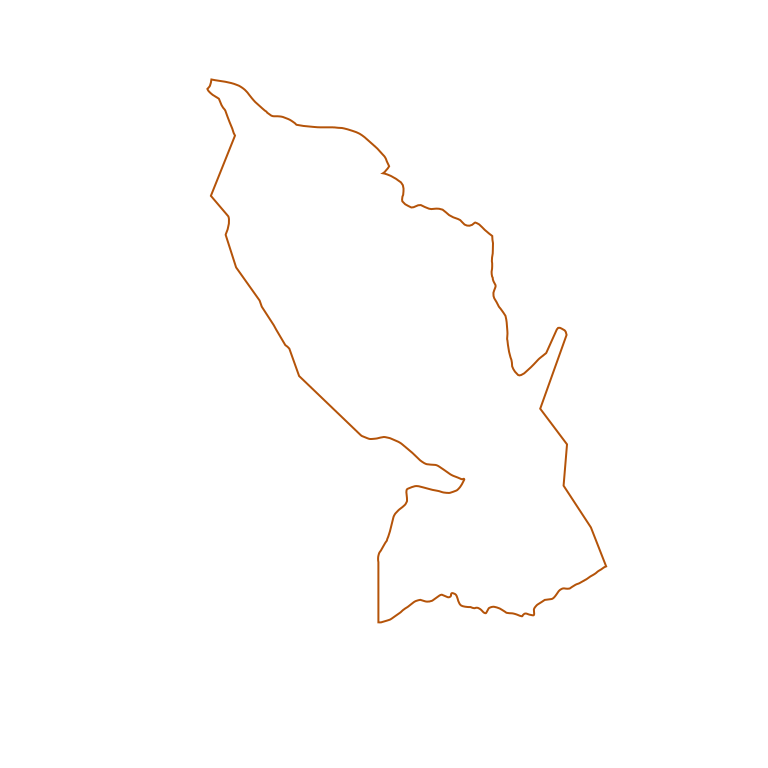 outline of Vado Ancho, El Paraíso, Honduras, rotated 112°
{"feature_id": "27666195B76595113857627", "entity_name": "Vado Ancho", "entity_type": "district", "adm_level": 2, "iso_a3": "HND", "parent_name": "Honduras", "parent_adm1": "El Paraíso", "projection": "natural_earth1", "projection_center": [-86.936, 13.636], "detail": "fine", "context": "isolated", "style": "outline", "palette": "amber", "viewbox_px": 768, "rotation_deg": 112, "n_neighbors": 0, "source": "geoboundaries", "source_scale": "gbopen_adm2", "svg_char_len": 6166}
<svg xmlns="http://www.w3.org/2000/svg" viewBox="0 0 768 768"><g transform="rotate(112 384 384)"><path d="M607.1,299.9L606.4,298.1L606.0,297.3L604.8,295.8L602.1,292.4L600.5,290.5L599.9,289.9L598.5,288.9L594.9,286.6L590.9,284.0L589.5,283.1L586.7,281.8L585.4,281.0L584.1,280.2L581.8,278.5L577.8,276.2L575.2,274.7L574.1,273.9L573.4,273.3L571.9,271.5L571.1,270.4L570.5,269.4L570.1,264.5L569.9,263.4L569.6,262.4L569.1,261.4L568.7,260.5L568.0,259.6L567.2,258.5L566.7,258.0L559.3,253.3L558.4,252.5L557.9,251.8L557.7,251.3L557.7,250.7L557.8,245.1L557.6,244.3L557.3,243.8L557.1,243.5L556.5,243.0L556.0,242.7L555.1,242.6L554.1,243.0L553.4,243.1L552.7,242.9L552.5,242.7L552.3,242.4L552.2,241.9L552.1,241.2L552.1,239.9L552.2,239.1L552.7,238.0L553.1,237.5L553.8,236.8L555.5,235.3L557.3,233.9L557.8,233.4L559.3,231.8L559.8,231.1L560.2,230.3L560.5,229.4L560.5,228.9L560.5,227.7L560.1,225.4L559.4,222.8L559.0,221.7L558.6,220.7L558.4,220.1L558.4,219.5L558.4,218.1L558.2,216.9L557.9,215.9L557.1,215.0L556.8,214.4L556.5,213.6L556.4,212.9L556.5,211.7L556.7,210.4L557.1,209.1L558.3,206.5L558.6,205.4L558.6,204.5L558.5,204.2L558.4,203.8L558.1,203.6L557.9,203.5L552.9,202.9L552.4,202.7L551.5,201.9L550.6,200.9L550.0,200.0L549.4,198.8L549.2,197.7L548.9,195.6L548.8,192.6L549.2,189.9L549.8,186.6L550.2,185.0L550.2,184.5L549.6,182.1L548.6,179.2L548.3,177.7L548.1,176.0L548.0,174.4L548.0,171.1L547.8,169.7L547.7,169.1L547.4,168.8L547.1,168.7L546.6,168.7L546.1,168.6L545.1,168.1L544.4,167.7L543.9,167.0L543.7,166.5L543.5,165.8L543.4,163.0L542.9,160.1L542.7,159.3L542.5,158.8L542.3,158.6L541.9,158.5L541.0,158.6L537.5,160.3L536.7,160.6L536.2,160.6L534.9,160.5L533.6,160.1L532.1,159.6L531.1,159.1L526.8,156.0L524.3,154.3L524.0,154.1L520.9,148.6L520.4,147.8L519.7,147.2L519.1,146.8L518.5,146.5L516.9,145.9L514.6,145.3L511.9,144.7L510.6,144.4L509.2,143.8L507.9,142.9L506.9,142.0L506.3,141.1L506.0,140.4L505.6,138.7L505.1,137.2L504.3,135.6L503.9,135.1L501.9,133.8L498.5,131.3L497.5,130.4L496.2,128.9L495.6,128.3L488.8,122.9L485.2,120.6L482.3,118.3L480.9,117.3L479.8,116.6L478.0,115.7L476.9,115.0L474.4,113.1L471.7,111.4L470.7,110.5L469.9,109.7L439.5,138.4L411.0,179.4L371.4,191.7L348.4,229.9L270.1,233.1L267.6,235.0L266.7,236.3L266.5,237.1L266.1,240.1L266.0,241.7L266.3,242.7L266.8,243.6L268.7,244.2L294.5,245.2L302.0,249.4L303.5,250.1L309.5,252.4L313.3,254.0L318.3,256.4L321.6,258.0L324.3,260.2L325.3,261.7L325.4,263.1L323.5,267.2L321.7,269.7L319.6,271.8L316.3,273.4L313.9,274.9L311.9,276.7L307.3,280.1L301.2,283.8L297.5,285.8L296.2,286.7L291.0,288.4L289.0,289.3L280.8,293.4L278.4,294.8L275.3,296.9L273.2,299.9L270.6,304.0L269.3,306.4L266.0,310.2L263.3,313.8L261.4,315.4L258.5,316.7L256.3,316.9L252.1,317.0L251.2,317.3L250.5,317.7L247.9,320.8L246.3,322.2L244.6,323.1L243.9,324.0L241.8,325.3L239.6,326.3L236.6,327.0L234.3,327.8L231.6,328.9L229.7,330.0L226.2,331.2L222.2,332.1L218.4,333.5L212.6,335.7L209.8,337.4L206.2,339.1L205.7,340.9L205.3,342.5L203.3,348.5L201.9,351.7L200.4,355.5L200.1,357.8L200.1,359.8L200.5,360.3L201.4,360.8L203.4,361.9L205.2,364.0L206.0,366.4L206.0,369.0L204.6,372.3L203.5,374.7L203.3,377.2L203.5,382.3L203.0,386.9L201.5,391.3L200.4,395.0L200.9,398.6L201.8,401.2L204.1,405.7L204.6,408.0L204.6,412.5L204.3,416.9L205.5,419.3L209.0,422.8L210.1,424.8L209.8,428.5L209.4,431.7L207.8,435.4L206.3,436.3L203.4,437.1L201.4,437.1L198.1,438.1L195.5,439.1L192.6,441.0L190.7,443.8L189.8,447.6L189.3,449.5L188.5,455.7L188.5,459.7L188.7,462.4L189.0,463.9L188.6,463.6L187.0,462.7L185.0,462.1L182.8,461.3L180.2,460.8L176.4,464.9L175.4,465.8L174.4,466.7L173.3,468.1L172.7,469.0L171.3,472.0L168.2,478.4L167.3,480.8L162.4,494.6L161.6,497.7L161.1,500.4L161.0,501.9L160.9,504.0L161.1,508.1L161.5,513.1L162.0,516.8L162.4,518.9L163.6,522.4L164.7,526.2L165.3,527.8L167.5,533.3L169.8,539.0L170.9,542.0L171.9,545.2L174.9,555.3L176.4,562.1L176.4,562.3L176.3,562.7L175.6,564.2L175.1,566.2L174.6,568.5L174.3,570.3L174.2,572.2L174.3,577.8L174.6,579.6L175.2,581.7L175.9,583.7L176.9,586.1L177.3,587.4L177.4,589.0L176.2,593.9L176.0,594.3L175.7,594.7L175.5,595.0L175.1,597.0L173.9,600.5L170.8,609.0L169.8,611.1L168.5,613.6L166.4,617.3L164.9,619.8L164.2,621.3L163.4,623.1L162.8,625.0L162.4,626.6L162.1,628.1L161.8,630.2L161.8,632.0L161.9,635.5L162.2,638.4L163.2,644.3L165.6,654.5L166.3,658.1L169.4,657.4L172.6,657.1L173.5,657.2L174.4,657.5L175.4,657.8L176.5,658.3L176.8,658.1L177.8,656.9L178.3,656.0L179.2,653.9L179.7,652.4L180.1,651.1L181.1,645.3L181.3,644.1L181.5,643.8L186.3,639.1L188.1,636.7L189.3,634.4L190.1,633.4L190.9,632.7L194.7,629.3L199.0,625.3L204.0,620.4L207.6,617.4L208.1,616.8L209.5,615.2L274.4,615.0L286.9,591.1L287.9,590.3L289.2,589.5L293.4,587.9L299.2,586.9L304.1,586.8L305.0,586.7L331.3,564.8L353.2,530.6L358.1,526.3L370.8,508.2L374.0,504.3L384.9,490.1L385.3,488.6L385.6,487.5L386.1,486.3L386.7,485.0L408.4,465.7L439.9,387.0L440.3,385.9L440.5,385.0L440.5,382.8L440.5,378.7L440.4,377.2L440.2,376.3L439.4,374.4L437.9,371.5L437.1,370.1L435.0,367.2L433.2,364.3L432.8,363.0L432.3,360.2L432.0,358.2L432.0,356.8L432.2,349.3L432.4,347.5L432.7,345.9L433.2,344.2L437.2,332.0L439.1,327.2L441.2,322.0L441.8,319.7L442.3,317.0L442.4,315.2L442.3,314.2L441.2,310.3L439.8,306.1L439.7,305.5L439.6,304.7L439.7,303.0L440.0,301.4L441.1,296.3L442.6,289.9L442.9,288.6L443.1,286.9L443.2,285.4L443.1,280.6L443.2,276.8L443.1,276.2L442.9,275.7L442.7,275.4L442.1,274.7L442.0,274.3L442.3,273.9L442.5,273.8L443.0,273.8L447.7,274.2L450.8,274.8L452.1,275.2L453.9,275.9L455.1,276.5L455.9,277.2L458.2,279.7L460.3,282.2L460.8,283.3L461.4,285.0L461.9,286.7L462.3,288.3L462.5,289.7L462.7,292.6L463.0,294.4L464.0,299.4L464.3,301.7L465.1,308.3L465.6,312.0L465.8,313.5L466.3,315.2L466.7,316.2L467.2,317.1L469.2,319.6L472.0,322.5L472.7,323.1L473.5,323.3L473.8,323.3L474.4,323.2L476.0,322.7L481.1,320.0L483.4,319.0L483.9,318.8L484.9,318.8L487.0,319.0L487.8,319.2L488.6,319.5L491.2,320.8L494.4,322.7L495.6,323.3L499.4,324.8L500.4,325.1L501.9,325.3L503.2,325.4L504.3,325.3L518.4,323.3L523.7,322.9L526.7,322.9L527.8,322.7L528.3,322.7L529.4,323.0L530.7,323.3L534.2,323.8L539.6,324.5L542.0,325.1L543.3,325.1L545.1,324.9L546.6,324.6L548.3,324.0L550.1,323.2L551.2,322.5L607.1,299.9Z" fill="none" stroke="#b45309" stroke-width="2"/></g></svg>